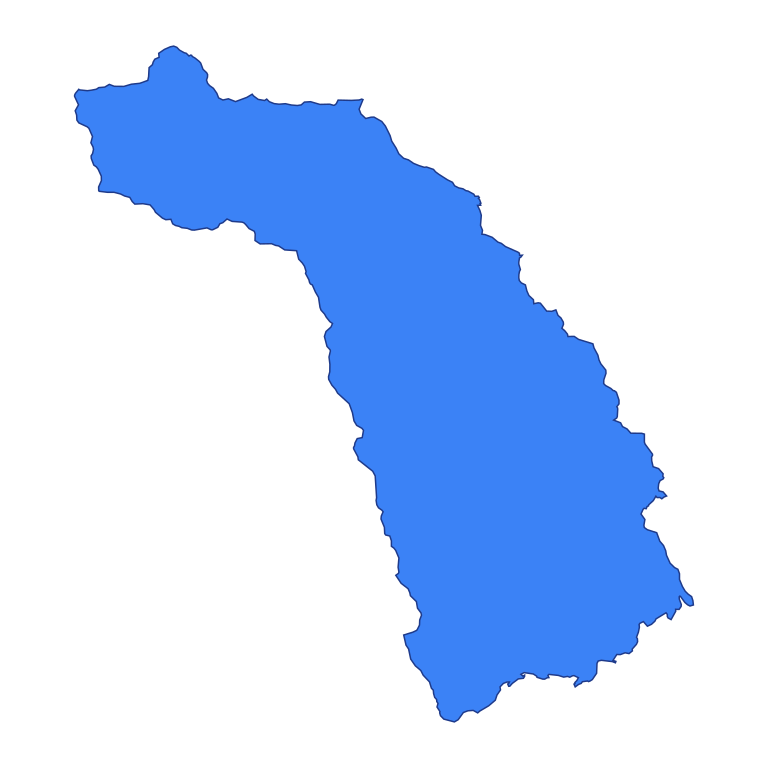 Zemes, Bacau, Romania (Natural Earth projection)
{"feature_id": "2599482B35780038076699", "entity_name": "Zemes", "entity_type": "district", "adm_level": 2, "iso_a3": "ROU", "parent_name": "Romania", "parent_adm1": "Bacau", "projection": "natural_earth1", "projection_center": [26.408, 46.58], "detail": "fine", "context": "isolated", "style": "filled", "palette": "blue", "viewbox_px": 768, "rotation_deg": 0, "n_neighbors": 0, "source": "geoboundaries", "source_scale": "gbopen_adm2", "svg_char_len": 6048}
<svg xmlns="http://www.w3.org/2000/svg" viewBox="0 0 768 768"><path d="M663.8,477.7L662.8,476.4L663.1,473.8L658.6,468.6L653.1,466.7L651.7,460.8L651.6,456.8L652.5,455.5L652.5,454.2L645.1,444.1L644.4,442.2L644.4,434.1L641.7,433.3L630.8,433.2L627.0,428.9L622.5,426.6L620.6,422.8L613.7,420.1L616.7,418.0L617.3,416.6L617.7,409.4L617.6,408.0L616.8,406.7L619.0,403.9L619.0,400.1L616.4,392.3L614.5,390.8L613.1,390.5L610.8,388.4L605.5,385.5L603.7,383.6L603.8,379.9L606.0,373.3L605.8,370.1L600.8,363.8L599.0,359.9L597.9,355.2L594.0,347.9L592.9,343.8L578.6,339.4L574.2,336.4L567.9,336.5L567.5,334.2L564.9,330.9L561.9,328.3L563.5,324.3L563.3,322.1L560.9,317.9L558.0,315.4L555.9,309.9L551.8,311.3L546.7,311.1L540.4,303.2L538.2,302.8L533.8,303.7L533.4,299.7L528.9,295.5L526.9,291.0L525.4,284.9L521.3,282.9L519.3,280.5L518.8,277.8L518.9,274.5L519.5,271.4L520.4,269.6L518.8,264.1L518.8,262.1L519.5,257.9L520.9,257.1L522.3,255.2L519.6,255.4L519.4,253.2L517.9,252.1L505.5,246.6L501.4,243.4L497.9,242.1L492.2,237.3L485.1,234.6L481.9,234.2L482.5,230.3L480.5,225.4L481.3,215.3L479.9,210.5L477.5,205.4L480.7,205.2L480.1,203.5L480.9,203.2L479.6,199.7L478.4,198.3L479.3,197.6L478.4,196.2L475.0,196.3L473.8,194.2L467.9,191.0L466.0,190.7L463.0,188.8L458.7,187.9L454.6,185.8L452.5,182.3L447.4,179.8L438.7,174.2L435.5,171.8L433.5,169.4L426.5,167.0L424.3,167.3L419.0,165.6L413.6,163.4L408.5,159.9L403.6,158.3L398.8,153.8L396.1,148.1L391.7,141.1L390.1,135.6L385.4,126.1L381.8,121.5L374.0,117.1L371.0,117.2L365.7,118.5L360.9,113.9L359.1,109.2L363.0,99.6L361.7,99.1L359.2,100.0L351.3,100.4L338.1,100.1L336.3,103.7L334.5,105.2L333.5,105.3L329.8,104.2L319.9,104.4L310.6,101.7L304.4,102.1L301.2,104.9L297.4,105.5L291.3,105.0L285.4,103.7L279.0,104.2L274.1,103.6L269.3,101.7L266.7,99.1L264.6,100.5L258.2,99.4L253.5,95.9L252.2,94.2L246.8,97.4L235.5,101.6L228.4,98.8L222.9,100.0L218.6,97.9L216.9,93.4L213.4,88.3L209.6,85.6L207.6,83.3L206.5,80.1L207.5,77.1L207.6,74.6L206.7,72.8L203.0,69.3L200.7,63.1L199.3,61.5L195.1,58.1L192.3,56.5L191.6,55.3L190.6,55.1L189.0,56.0L186.3,53.3L184.1,52.7L179.5,50.1L176.8,47.3L173.7,46.1L170.3,46.8L164.4,49.4L158.7,53.3L159.1,57.3L154.8,59.2L153.2,62.0L152.4,64.7L149.1,67.6L148.6,76.6L147.8,80.4L139.8,83.3L131.4,84.2L123.9,86.4L114.3,86.3L109.3,84.4L104.7,87.1L98.8,87.6L96.4,89.2L91.3,90.2L87.4,90.7L79.5,89.9L78.8,89.3L75.4,93.4L74.6,95.2L74.6,96.4L78.5,104.8L75.2,110.8L76.6,115.0L76.9,120.1L78.8,122.9L87.2,126.8L88.9,128.3L92.5,136.5L90.9,142.8L93.0,146.9L93.5,149.4L92.6,153.5L91.1,155.9L91.3,158.5L93.8,165.1L96.4,166.9L98.2,169.3L101.3,176.1L101.4,180.6L98.6,187.0L98.7,190.6L99.2,191.3L107.5,192.3L114.0,192.3L120.6,194.0L124.6,196.0L129.8,197.4L132.2,201.5L134.8,204.1L142.9,203.7L150.1,204.9L154.1,209.6L155.5,212.3L162.4,218.1L165.8,219.7L170.9,219.3L172.7,223.8L175.5,225.5L179.0,226.3L181.8,227.7L187.3,228.3L191.7,230.0L194.4,230.1L207.0,227.9L211.2,229.8L212.6,229.8L217.8,227.3L219.9,223.7L222.8,222.7L227.0,219.0L232.1,221.4L241.9,222.1L243.7,222.7L245.5,224.3L249.1,228.6L254.3,231.3L255.2,234.0L255.0,240.5L260.1,243.9L271.6,243.7L275.6,245.4L278.6,245.9L284.7,249.9L296.6,250.7L298.7,259.2L302.3,263.0L304.5,266.3L306.1,271.6L305.5,273.4L308.9,279.8L309.6,282.6L310.5,284.0L312.3,284.9L315.4,292.0L318.5,297.3L320.0,307.3L321.0,310.1L324.5,314.0L326.3,317.2L329.8,321.6L332.5,323.5L331.0,327.0L326.0,331.5L324.4,336.5L327.0,346.4L330.1,349.8L330.4,351.0L329.0,357.0L329.9,364.3L329.8,371.8L328.5,376.7L328.7,379.4L331.9,385.2L335.5,389.3L337.6,393.1L349.2,403.7L352.4,412.6L354.0,420.9L356.7,425.4L361.9,428.3L363.5,430.3L362.2,437.6L357.2,438.6L355.0,442.9L354.4,446.2L353.6,447.3L353.6,448.8L357.9,456.8L358.3,459.8L372.7,471.2L375.2,475.9L376.6,497.7L376.1,500.4L376.8,504.8L378.5,507.8L381.9,510.2L383.1,511.8L381.3,516.0L381.0,519.0L384.4,527.3L384.7,533.6L385.7,535.0L389.8,536.0L391.4,540.8L391.4,546.3L393.8,548.0L395.7,550.4L398.9,558.0L398.1,567.2L398.9,572.1L398.4,573.4L395.8,575.3L401.2,583.4L408.1,588.7L409.8,592.7L410.4,595.7L416.4,601.6L417.5,608.2L421.0,612.9L421.5,615.2L419.7,620.0L419.5,625.1L417.2,629.7L416.4,630.5L412.8,632.2L403.7,635.0L406.0,645.1L408.6,649.0L410.7,659.1L415.4,665.9L420.8,670.5L423.2,675.2L429.5,681.9L431.4,688.2L433.3,690.2L433.6,693.6L434.7,697.4L436.6,699.5L436.8,701.6L438.0,703.4L437.0,707.0L439.9,711.5L439.7,712.9L440.5,715.7L443.8,719.1L454.4,721.9L458.2,719.7L463.4,712.5L467.9,710.8L473.2,710.4L477.7,712.9L479.9,711.0L488.7,705.8L495.3,700.2L497.0,695.0L500.5,689.9L500.0,686.9L503.4,683.4L506.7,682.1L509.4,682.0L508.8,683.3L507.7,684.0L508.7,686.3L509.8,686.2L512.3,683.4L518.3,678.9L523.4,678.3L524.6,676.4L524.6,675.1L522.9,676.1L520.9,674.3L524.1,672.6L533.3,674.0L536.7,676.2L537.0,677.3L542.7,679.1L544.8,679.1L547.1,677.8L548.9,677.6L547.9,675.4L548.9,674.4L558.3,675.4L563.7,677.1L567.5,676.4L569.8,677.2L572.5,675.8L574.0,675.6L578.4,677.7L576.8,680.6L574.9,682.5L575.0,683.6L574.0,684.1L575.2,686.9L578.6,684.4L581.2,683.4L582.4,681.7L587.5,681.0L588.6,681.6L590.1,681.0L592.3,679.6L596.6,673.3L597.0,663.3L598.2,661.0L601.4,660.3L612.3,661.6L615.4,662.8L615.9,661.4L613.0,660.4L616.8,654.5L620.3,654.6L625.1,652.8L629.0,653.6L632.4,650.9L632.2,649.1L636.4,644.4L637.6,641.7L637.4,638.7L636.5,637.3L638.4,632.2L639.4,627.2L639.1,624.4L639.9,623.3L643.4,621.6L647.4,626.2L651.5,624.3L654.9,621.2L656.0,618.9L666.0,612.8L667.3,614.4L667.3,616.5L668.1,618.0L671.1,619.6L675.7,611.3L675.6,609.3L679.1,609.4L681.1,606.5L681.3,604.5L679.3,599.1L679.2,596.8L679.6,596.2L680.4,596.3L684.9,602.5L687.6,604.8L690.0,606.0L693.4,605.0L692.9,600.6L691.6,596.6L688.2,594.2L685.2,591.2L682.4,586.5L679.5,579.5L679.5,573.7L677.9,569.3L674.6,567.6L670.1,563.2L666.5,555.3L665.7,550.7L663.5,545.5L659.8,541.2L656.7,532.7L647.3,529.7L644.3,527.5L643.9,525.3L644.9,519.5L641.0,514.0L643.1,509.3L644.1,508.3L646.2,508.7L647.1,506.5L648.5,505.9L648.7,504.8L653.3,500.6L655.9,496.2L657.1,497.6L659.9,497.5L661.8,498.8L664.1,497.0L666.6,496.0L663.1,491.9L659.0,490.9L658.2,488.2L658.7,483.7L660.1,480.6L663.1,479.0L663.8,477.7Z" fill="#3b82f6" stroke="#1e3a8a" stroke-width="1.5"/></svg>